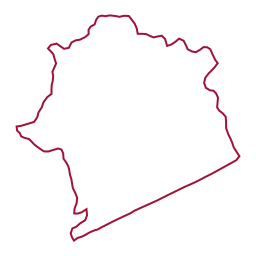 outline of Volta Grande, Minas Gerais, Brazil
{"feature_id": "56859067B41040973074583", "entity_name": "Volta Grande", "entity_type": "district", "adm_level": 2, "iso_a3": "BRA", "parent_name": "Brazil", "parent_adm1": "Minas Gerais", "projection": "robinson", "projection_center": [-42.568, -21.764], "detail": "fine", "context": "isolated", "style": "outline", "palette": "rose", "viewbox_px": 256, "rotation_deg": 0, "n_neighbors": 0, "source": "geoboundaries", "source_scale": "gbopen_adm2", "svg_char_len": 1857}
<svg xmlns="http://www.w3.org/2000/svg" viewBox="0 0 256 256"><path d="M74.0,240.6L77.5,238.0L81.7,236.7L85.2,235.0L89.2,232.6L94.0,230.5L97.9,229.4L101.9,227.1L106.5,224.8L112.3,221.8L117.4,219.3L126.8,214.9L130.5,213.2L134.7,210.6L142.2,207.2L150.2,203.6L156.9,200.6L168.2,194.9L174.6,191.8L183.3,187.5L194.5,182.5L199.8,179.9L204.8,177.2L211.7,173.8L236.3,160.2L239.4,156.2L236.1,151.1L233.7,147.3L232.3,143.0L230.7,139.1L228.4,134.6L226.1,128.1L226.1,121.9L225.7,116.8L222.6,113.2L219.1,110.5L217.1,107.3L217.5,103.0L218.0,97.7L216.0,93.3L213.4,90.7L209.9,90.3L205.9,87.8L204.1,82.9L205.3,77.7L208.7,73.4L211.6,70.5L214.5,67.4L217.7,63.2L215.1,59.7L212.7,54.7L210.3,49.3L207.3,47.3L203.5,47.1L200.2,49.7L195.8,52.2L191.8,51.4L187.6,49.2L186.1,45.6L183.7,40.8L179.1,38.6L175.4,41.8L171.1,44.6L167.1,45.9L165.1,39.0L161.7,35.7L157.5,36.5L153.5,37.4L149.9,35.9L146.0,34.0L141.6,33.8L137.7,33.8L136.8,28.6L134.9,24.0L132.1,20.2L128.8,16.0L124.0,15.8L119.5,16.8L115.3,16.0L109.8,15.4L105.2,16.2L101.8,15.6L98.3,16.7L96.2,19.7L94.6,24.4L90.7,26.6L88.6,29.7L88.6,34.2L85.2,37.1L79.9,39.7L75.5,40.4L71.5,42.5L68.9,47.8L64.1,48.8L61.2,46.9L56.7,43.6L50.8,45.0L48.0,48.5L50.8,51.3L53.3,54.1L54.6,58.9L56.1,63.5L54.2,67.8L52.4,71.9L53.2,75.9L52.7,81.2L51.7,85.0L51.5,89.2L51.5,93.9L47.3,97.1L43.5,102.2L41.8,107.3L38.5,112.4L37.2,117.4L34.1,121.9L28.6,123.6L24.2,124.9L20.8,125.9L16.6,126.5L17.1,130.6L19.8,133.0L21.3,136.5L24.4,137.8L29.3,139.2L33.9,144.1L37.6,147.1L40.9,149.4L44.0,151.4L48.4,151.5L53.0,150.0L58.1,148.5L61.4,149.5L63.2,153.4L63.5,158.7L66.3,162.6L68.4,166.5L69.3,170.3L70.0,174.9L71.3,178.8L72.0,183.0L72.8,187.9L75.3,193.0L77.2,197.9L76.6,203.2L74.6,208.5L74.2,213.4L77.7,213.6L81.6,212.3L86.5,209.2L87.0,215.5L85.2,220.2L80.2,223.3L76.2,226.8L72.4,228.4L70.7,233.3L72.0,237.3L74.0,240.6Z" fill="none" stroke="#9f1239" stroke-width="2"/></svg>